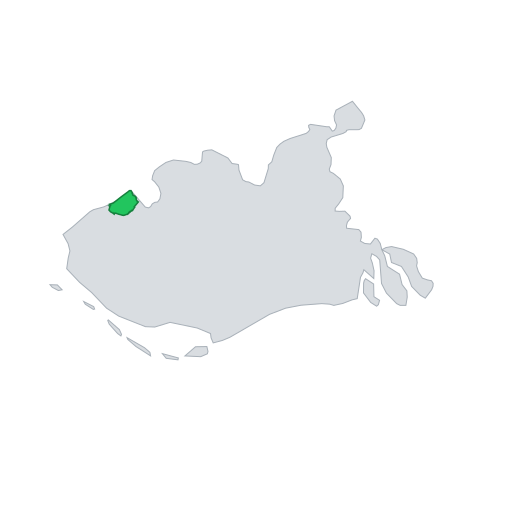 Emmen, Drenthe, Netherlands (highlighted), rotated 229°
{"feature_id": "6326949B31474052020182", "entity_name": "Emmen", "entity_type": "district", "adm_level": 2, "iso_a3": "NLD", "parent_name": "Netherlands", "parent_adm1": "Drenthe", "projection": "mercator", "projection_center": [6.941, 52.753], "detail": "fine", "context": "in_parent", "style": "filled", "palette": "green", "viewbox_px": 512, "rotation_deg": 229, "n_neighbors": 0, "source": "geoboundaries", "source_scale": "gbopen_adm2", "svg_char_len": 5030}
<svg xmlns="http://www.w3.org/2000/svg" viewBox="0 0 512 512"><g transform="rotate(229 256 256)"><path d="M309.5,430.3L302.0,430.0L294.9,429.8L291.2,429.2L287.2,427.4L285.4,423.8L283.2,419.3L283.8,416.6L290.4,408.9L291.4,406.8L290.7,405.6L291.4,402.2L296.5,390.7L297.1,386.0L294.8,382.8L291.6,380.8L280.9,377.4L275.8,372.6L273.5,368.3L271.1,367.1L267.6,368.6L258.8,370.1L251.6,367.9L243.1,359.8L241.1,352.7L240.1,347.1L238.0,345.2L235.1,348.1L231.5,352.5L224.4,353.1L222.3,352.0L222.0,349.6L221.6,347.2L219.6,344.2L217.5,342.6L208.5,350.9L205.1,350.9L200.9,347.7L198.8,344.6L194.1,346.3L190.0,350.2L191.4,357.4L189.1,358.7L184.0,358.0L178.2,355.1L171.7,353.3L161.9,348.3L148.1,352.4L138.6,347.5L130.7,347.0L125.8,343.2L120.4,336.7L124.2,332.4L127.8,330.9L142.4,330.1L152.9,332.7L171.9,346.8L176.7,346.7L181.7,344.9L179.2,341.1L174.4,339.2L167.4,335.4L161.7,330.1L174.9,328.4L173.1,325.6L171.4,320.9L157.4,304.4L159.8,299.9L163.3,290.3L167.7,282.3L171.2,280.1L176.9,274.4L189.3,257.7L197.2,244.1L203.1,227.9L211.8,182.9L214.3,175.3L218.5,166.7L223.7,168.4L227.3,170.8L240.2,164.4L262.3,147.6L268.8,133.0L275.2,126.2L300.6,113.0L314.6,109.0L336.2,108.0L351.8,105.6L370.6,104.8L377.7,113.0L381.9,118.9L388.6,122.3L398.9,124.5L398.3,136.3L398.4,159.6L397.6,163.7L392.9,173.4L388.0,190.9L386.7,202.4L385.2,204.6L365.6,204.5L362.8,206.5L362.4,208.9L363.4,211.9L362.9,214.8L361.3,217.2L362.2,221.0L365.6,225.3L371.8,227.9L378.5,228.2L381.9,227.7L384.4,230.7L386.9,235.5L386.7,241.4L385.7,249.4L382.6,256.7L373.5,265.1L369.4,268.1L365.6,269.6L363.8,271.9L362.9,274.7L363.1,277.2L369.6,283.9L369.4,285.5L367.5,289.0L365.1,292.3L348.4,299.1L341.5,298.6L337.6,302.0L336.4,302.7L332.0,299.5L322.3,295.9L318.7,297.2L316.6,299.1L310.5,301.5L306.1,305.3L306.1,310.1L313.9,322.6L316.6,325.1L316.7,329.7L320.5,335.6L324.3,342.9L324.7,347.5L324.3,352.2L322.3,358.8L315.6,374.4L315.5,377.3L316.1,379.6L318.4,380.2L320.1,381.4L319.6,383.5L307.1,394.2L305.4,396.1L300.2,395.5L299.4,397.3L300.1,400.2L302.1,402.8L306.6,404.1L310.5,406.8L313.6,412.1L309.5,430.3ZM178.2,355.1L177.1,359.6L174.2,364.5L164.4,371.6L154.1,376.3L148.8,375.7L145.2,373.3L143.2,370.7L137.7,368.3L130.2,367.0L125.5,369.7L122.2,372.2L119.2,371.8L117.0,369.7L115.3,366.4L113.1,356.1L118.7,354.2L130.9,353.5L140.3,357.1L152.7,358.9L162.2,354.0L169.7,358.2L178.2,355.1ZM157.6,312.9L164.9,319.4L166.4,321.5L167.0,323.8L157.7,326.4L147.9,318.3L141.5,320.2L139.0,316.4L139.0,314.1L145.7,312.1L157.6,312.9ZM227.2,150.8L219.9,159.5L215.4,157.1L214.1,155.1L216.3,148.2L227.2,136.8L227.2,150.8ZM259.9,111.7L252.9,112.7L249.8,110.9L266.5,106.0L277.1,104.5L279.0,105.1L259.9,111.7ZM304.7,102.6L290.1,104.6L285.1,103.1L284.3,101.6L288.3,100.7L300.8,100.5L304.6,101.8L304.7,102.6ZM243.7,121.3L230.0,130.5L228.8,129.0L237.7,121.1L243.7,121.3ZM364.5,87.1L357.7,87.5L359.6,84.2L366.0,81.7L369.5,81.7L364.5,87.1ZM334.7,96.1L324.3,100.3L321.8,99.4L322.4,98.2L331.6,95.5L334.7,96.1Z" fill="#d9dde1" stroke="#a8b0b8" stroke-width="1"/><path d="M374.0,202.6L374.6,202.3L374.7,202.2L374.8,202.1L375.1,202.3L375.3,202.4L375.3,202.5L376.2,202.3L376.5,202.4L377.0,202.7L377.4,202.8L377.8,202.9L377.9,203.0L378.0,203.5L378.2,203.8L378.3,203.8L378.9,203.7L379.0,203.7L379.0,203.8L379.4,203.9L379.4,204.0L379.7,204.0L379.8,204.0L380.1,203.9L380.5,203.9L380.8,203.9L381.2,203.6L381.3,203.5L381.5,203.5L381.8,203.6L382.0,203.5L382.0,203.4L382.3,203.2L382.5,203.0L382.9,203.1L383.1,203.3L383.6,203.6L383.8,203.6L384.2,203.5L384.3,203.5L384.5,203.6L384.7,203.9L384.8,204.0L385.2,204.2L385.8,204.3L386.4,204.4L386.8,204.4L387.0,204.4L387.0,204.5L387.3,204.6L387.5,204.4L388.4,203.3L388.4,203.2L388.4,201.7L389.1,192.8L389.6,182.9L390.2,181.5L390.2,181.4L391.1,179.4L389.6,179.4L389.6,179.2L389.6,178.6L389.9,178.2L389.5,178.3L389.4,178.3L389.4,178.2L389.1,177.8L388.9,177.8L388.8,177.6L388.7,177.5L388.5,177.2L388.4,177.0L388.1,176.6L387.7,176.0L387.3,175.6L387.2,175.2L384.8,175.2L381.8,176.3L381.6,176.2L381.4,176.2L381.4,176.3L381.2,176.4L381.2,176.5L381.0,176.8L380.9,176.8L381.0,176.9L380.9,176.9L380.9,177.0L380.8,177.3L380.7,177.3L380.7,177.5L380.7,177.8L380.6,178.0L380.4,178.2L379.7,178.6L377.4,179.9L376.2,180.8L375.6,181.2L374.7,181.7L374.5,181.8L374.2,182.2L373.7,182.5L373.4,182.9L373.4,183.0L373.3,183.3L373.2,183.4L373.1,183.5L372.9,184.0L372.8,184.4L372.7,184.5L372.6,184.8L372.5,185.1L372.3,185.5L372.2,185.7L372.2,185.8L372.0,186.2L372.0,186.3L371.9,186.3L371.9,186.5L371.7,186.7L371.7,186.8L371.7,187.0L371.8,187.3L371.9,187.5L371.9,187.8L371.7,188.0L371.8,188.4L371.9,188.5L372.0,188.7L372.2,188.8L372.3,188.8L372.3,189.1L372.2,189.2L372.2,189.3L372.0,189.5L372.3,189.6L372.3,189.8L372.2,189.8L372.2,190.0L372.1,190.3L372.0,190.5L371.9,190.5L371.8,190.9L371.8,191.0L371.7,191.2L371.7,191.3L372.1,191.9L372.1,192.0L371.6,192.5L371.3,192.6L371.5,193.2L371.8,194.0L371.9,194.6L372.3,195.9L372.4,196.5L373.1,196.5L373.3,198.4L373.4,199.0L373.5,199.3L373.5,199.5L373.5,199.8L373.6,200.0L373.7,200.9L373.7,201.1L373.8,201.5L374.0,202.6Z" fill="#22c55e" stroke="#15803d" stroke-width="1.5"/></g></svg>